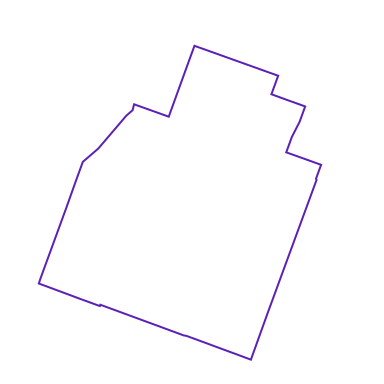 Socorro, New Mexico, United States of America (Equal Earth projection), rotated 290°
{"feature_id": "52423323B71844898406076", "entity_name": "Socorro", "entity_type": "district", "adm_level": 2, "iso_a3": "USA", "parent_name": "United States of America", "parent_adm1": "New Mexico", "projection": "equal_earth", "projection_center": [-106.775, 34.028], "detail": "fine", "context": "isolated", "style": "outline", "palette": "violet", "viewbox_px": 384, "rotation_deg": 290, "n_neighbors": 0, "source": "geoboundaries", "source_scale": "gbopen_adm2", "svg_char_len": 546}
<svg xmlns="http://www.w3.org/2000/svg" viewBox="0 0 384 384"><g transform="rotate(290 192 192)"><path d="M254.6,107.6L248.6,108.2L241.1,104.1L231.9,100.7L200.6,89.0L199.9,88.6L196.0,86.4L183.0,79.1L161.9,79.1L134.0,79.3L58.7,79.2L53.6,79.4L53.3,123.8L53.3,144.4L54.7,144.4L54.4,233.2L54.9,236.1L54.6,304.7L102.5,304.5L246.0,304.9L246.8,304.0L261.7,304.0L261.5,267.0L277.8,267.0L294.8,269.1L311.1,269.1L311.0,249.0L311.0,233.2L330.7,233.2L330.2,144.3L303.2,144.3L254.8,144.4L254.6,107.6Z" fill="none" stroke="#5b21b6" stroke-width="2"/></g></svg>